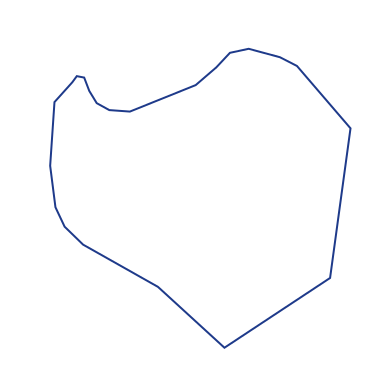 map outline of Vitanje (Albers equal-area conic projection), rotated 278°
{"feature_id": "SVN-1002", "entity_name": "Vitanje", "entity_type": "Municipality", "adm_level": 1, "iso_a3": "SVN", "parent_name": "Slovenia", "parent_adm1": "", "projection": "albers", "projection_center": [15.317, 46.408], "detail": "fine", "context": "isolated", "style": "outline", "palette": "blue", "viewbox_px": 384, "rotation_deg": 278, "n_neighbors": 0, "source": "natural_earth", "source_scale": "10m", "svg_char_len": 429}
<svg xmlns="http://www.w3.org/2000/svg" viewBox="0 0 384 384"><g transform="rotate(278 192 192)"><path d="M277.1,340.1L126.1,340.7L42.3,245.8L93.3,171.5L124.7,91.5L139.9,70.7L157.9,58.9L198.2,47.9L261.9,43.3L284.0,58.2L290.7,61.8L290.3,69.3L277.8,76.2L266.7,85.3L261.6,98.7L263.0,119.3L298.4,180.8L318.9,198.8L335.1,210.2L341.7,228.2L337.7,260.3L331.4,278.4L277.1,340.1Z" fill="none" stroke="#1e3a8a" stroke-width="2"/></g></svg>